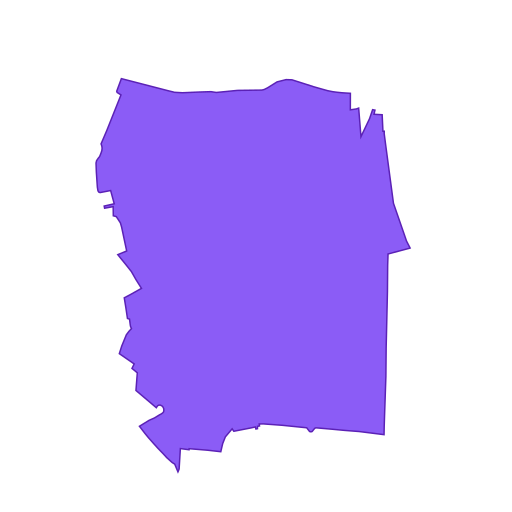 Sayyida Zainab, Al Qahirah, Egypt, rotated 169°
{"feature_id": "37247803B41278628102289", "entity_name": "Sayyida Zainab", "entity_type": "district", "adm_level": 2, "iso_a3": "EGY", "parent_name": "Egypt", "parent_adm1": "Al Qahirah", "projection": "equal_earth", "projection_center": [31.246, 30.03], "detail": "fine", "context": "isolated", "style": "filled", "palette": "violet", "viewbox_px": 512, "rotation_deg": 169, "n_neighbors": 0, "source": "geoboundaries", "source_scale": "gbopen_adm2", "svg_char_len": 2410}
<svg xmlns="http://www.w3.org/2000/svg" viewBox="0 0 512 512"><g transform="rotate(169 256 256)"><path d="M164.4,56.2L162.7,64.1L159.9,76.4L151.5,112.9L145.7,141.3L133.8,195.8L128.5,221.9L126.0,232.8L104.1,234.3L103.7,234.3L103.2,234.4L105.4,242.0L106.4,249.2L111.0,281.5L107.6,339.0L106.8,351.7L106.3,354.0L106.9,354.1L107.2,354.1L107.6,354.2L105.2,370.6L113.1,372.6L112.3,374.5L111.4,376.5L113.6,377.4L118.3,369.2L130.2,353.1L127.0,381.6L128.2,381.4L129.3,381.2L135.5,381.5L132.3,397.7L140.0,399.7L145.0,401.2L149.2,402.6L154.1,404.6L159.5,407.3L167.6,411.4L168.7,412.1L169.9,412.7L178.1,417.2L187.1,422.1L192.8,423.4L202.1,422.9L212.5,418.9L216.1,417.9L217.5,417.8L218.9,417.8L242.6,422.1L263.7,424.1L266.6,425.1L268.8,425.9L271.2,426.3L279.9,427.7L297.1,430.3L305.0,432.3L305.6,432.6L306.1,432.9L310.5,434.9L323.9,441.3L354.3,455.8L359.6,447.1L361.3,444.3L361.2,443.7L361.1,443.0L357.8,439.9L378.5,407.7L386.7,395.6L386.4,393.6L386.4,392.8L386.5,391.2L387.2,388.9L388.5,386.6L390.1,384.1L391.0,383.0L391.6,382.6L392.4,381.9L394.3,380.0L394.8,378.9L395.3,377.8L396.7,368.9L398.6,353.8L398.7,350.2L398.2,348.8L397.0,348.0L386.2,348.0L385.2,334.3L386.0,334.3L395.5,334.0L395.5,331.8L386.8,331.7L388.4,322.7L387.0,322.0L385.6,321.3L382.8,314.4L382.6,312.2L382.4,309.9L382.0,285.6L391.4,283.7L389.3,279.7L385.5,272.6L381.3,264.5L378.4,255.9L374.6,246.1L387.3,241.9L393.3,240.1L393.6,230.4L394.1,219.2L393.2,218.7L392.2,218.2L392.6,212.0L392.6,211.0L392.4,209.8L392.1,208.5L395.1,206.3L398.3,203.4L405.0,193.2L408.8,186.2L396.2,173.3L399.2,169.3L394.8,164.0L399.5,146.9L382.8,126.1L381.8,127.2L381.5,127.4L380.9,127.9L380.0,128.1L378.6,128.0L377.7,127.4L376.5,126.3L376.0,125.0L375.7,123.7L375.9,122.2L376.4,120.7L377.5,119.8L379.0,119.1L381.3,118.4L386.6,116.4L392.3,115.1L402.9,111.1L398.8,102.9L396.1,97.9L392.2,91.3L389.0,86.0L384.9,79.7L382.1,75.1L377.8,69.4L377.1,68.7L376.8,68.4L375.5,67.2L374.8,63.8L373.8,59.0L373.1,60.0L372.1,61.6L367.0,81.4L358.7,78.6L358.5,79.1L358.4,79.6L340.6,74.6L327.9,70.6L324.5,78.2L320.6,84.3L312.4,90.9L311.8,89.5L311.2,88.2L294.0,88.2L289.3,88.3L289.2,87.4L289.1,86.2L287.5,86.2L287.2,87.8L287.1,88.5L285.8,88.5L285.0,88.5L285.0,88.9L284.9,90.5L282.7,90.1L280.9,89.8L262.5,84.8L239.0,77.7L236.9,73.5L235.6,72.9L234.4,73.0L231.9,75.1L231.1,75.7L230.5,75.8L229.9,75.9L214.9,71.6L202.3,67.9L188.2,64.0L164.4,56.2Z" fill="#8b5cf6" stroke="#5b21b6" stroke-width="1.5"/></g></svg>